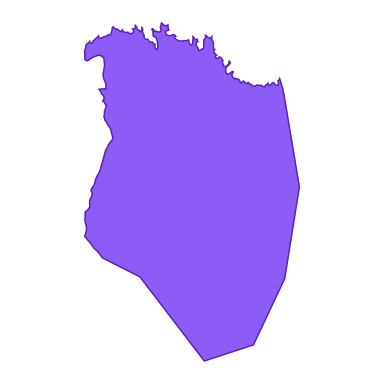 Aconibe, Wele-Nzás, Equatorial Guinea (Equal Earth projection)
{"feature_id": "11065452B89932418637458", "entity_name": "Aconibe", "entity_type": "district", "adm_level": 2, "iso_a3": "GNQ", "parent_name": "Equatorial Guinea", "parent_adm1": "Wele-Nzás", "projection": "equal_earth", "projection_center": [10.91, 1.339], "detail": "fine", "context": "isolated", "style": "filled", "palette": "violet", "viewbox_px": 384, "rotation_deg": 0, "n_neighbors": 0, "source": "geoboundaries", "source_scale": "gbopen_adm2", "svg_char_len": 5616}
<svg xmlns="http://www.w3.org/2000/svg" viewBox="0 0 384 384"><path d="M89.5,41.8L88.5,42.9L87.5,43.4L87.2,43.7L86.5,44.3L85.9,45.3L85.8,46.5L85.7,47.2L84.6,51.2L84.9,59.5L86.8,60.8L88.9,60.0L91.3,58.1L93.7,56.9L97.1,55.6L99.5,55.2L102.2,56.4L104.0,58.8L104.2,61.8L104.6,65.7L104.2,67.5L103.4,72.0L103.0,74.8L103.5,78.1L104.9,81.4L105.9,84.0L105.9,88.7L99.0,89.2L99.9,90.7L100.9,91.9L101.7,94.1L102.0,94.4L102.8,94.9L103.1,95.3L103.8,96.6L104.0,97.2L104.1,98.4L104.0,98.8L103.6,99.6L103.1,100.3L102.5,100.9L102.7,101.1L103.6,101.6L104.3,102.3L105.2,103.8L105.6,104.8L106.7,105.3L105.7,107.5L104.4,111.8L104.4,114.8L103.9,116.6L104.4,117.7L105.0,120.3L105.9,120.9L106.4,121.8L106.8,123.2L108.0,125.2L109.5,127.1L110.5,128.7L111.1,130.8L111.5,132.9L112.8,137.3L112.2,139.8L110.6,141.7L108.5,144.7L107.7,146.6L106.3,149.0L105.4,151.1L104.8,153.4L103.4,158.3L103.1,159.8L101.2,165.8L100.6,169.0L99.0,172.7L97.1,176.1L95.5,179.6L94.9,182.5L94.2,184.9L91.9,188.1L91.2,189.5L91.0,190.4L91.3,191.4L92.0,192.5L92.1,194.5L91.4,197.0L90.6,198.3L89.7,200.1L89.6,203.8L89.9,206.7L88.3,209.2L87.0,210.7L85.5,211.6L85.3,212.1L85.1,214.0L85.2,217.1L84.8,219.0L85.4,223.2L86.2,225.6L86.5,228.9L86.2,231.7L84.6,236.3L90.8,243.7L94.1,248.4L97.3,251.2L99.5,253.8L102.3,257.8L139.9,276.9L204.3,361.0L253.5,344.8L284.7,278.6L299.4,187.0L283.9,94.0L283.5,94.3L283.1,89.5L279.7,78.7L279.5,79.2L278.7,80.2L278.0,80.6L278.2,81.3L278.5,82.6L278.5,83.1L278.4,83.5L277.7,85.0L277.4,85.4L277.1,85.5L276.6,85.5L275.2,84.6L273.8,82.9L272.9,82.6L271.6,83.5L270.7,84.7L269.9,85.2L269.6,85.3L269.1,85.2L268.5,84.6L268.2,84.1L268.0,83.3L267.3,84.3L267.0,84.5L265.7,85.1L264.9,86.4L264.7,86.6L264.3,86.7L263.3,86.5L262.5,86.1L262.0,85.8L261.8,85.5L256.6,85.0L255.7,85.7L254.5,86.3L254.1,86.4L252.7,85.7L251.6,84.6L249.6,83.9L248.6,83.1L248.2,82.4L246.6,83.5L246.4,83.6L246.0,83.6L245.6,83.3L244.5,81.9L243.5,81.2L243.1,81.0L241.4,82.7L241.1,82.9L240.7,82.9L240.2,82.4L239.8,80.7L238.7,79.2L237.7,79.2L236.2,78.7L235.3,78.2L234.6,78.5L234.2,78.5L233.3,78.2L233.1,77.9L232.3,76.4L231.9,75.0L231.9,74.5L232.1,73.9L233.1,72.4L233.3,72.0L233.1,71.8L232.2,71.5L230.2,73.1L228.8,73.8L227.5,74.1L227.2,74.0L226.8,73.7L225.9,72.2L225.8,71.8L225.7,70.4L225.6,69.6L225.5,69.0L225.7,68.4L227.2,66.3L229.3,64.4L230.4,63.0L229.9,62.4L229.4,61.2L228.9,61.3L229.0,61.7L229.0,62.2L228.7,63.6L228.5,64.1L227.4,65.4L226.0,66.4L225.6,66.5L224.0,66.2L223.6,65.9L223.4,65.5L223.1,64.1L222.5,62.8L222.4,62.3L222.5,61.7L223.0,60.5L222.9,60.3L222.2,59.9L221.5,58.1L220.7,57.3L220.0,57.0L219.2,57.0L218.9,57.2L218.4,58.0L217.9,58.2L216.6,58.3L216.1,58.2L215.8,57.9L215.5,57.0L215.6,56.1L215.8,55.5L216.1,55.2L216.6,55.0L215.8,54.5L214.6,53.2L213.8,51.7L213.8,50.9L214.7,49.5L214.4,49.5L214.0,49.2L213.7,48.7L213.5,48.2L213.5,43.1L212.9,41.4L212.2,40.0L211.7,38.6L211.6,38.1L211.8,36.7L211.2,37.4L210.3,38.0L209.9,38.2L209.5,38.1L208.1,37.3L207.2,36.6L206.6,36.2L205.9,35.4L205.4,35.2L205.5,37.2L205.4,37.7L203.8,40.0L203.8,40.7L203.8,45.8L203.6,47.7L203.4,48.2L203.1,48.5L202.0,49.0L200.5,50.0L199.5,50.5L199.1,50.5L198.7,50.3L198.5,49.8L198.2,48.2L197.4,47.1L196.4,45.9L196.2,45.4L196.2,43.0L196.3,42.4L196.7,41.9L197.4,41.6L197.9,41.6L197.5,40.8L197.3,39.8L197.3,39.3L196.8,39.5L196.1,39.5L195.1,39.2L194.1,38.1L193.3,36.7L193.0,36.5L193.0,37.3L193.0,38.7L192.8,39.8L192.9,40.8L192.7,41.9L192.2,44.2L192.0,44.7L191.6,45.0L190.2,44.8L189.9,44.5L189.7,44.1L189.1,41.7L188.8,40.8L188.6,39.9L186.2,40.7L184.8,40.6L182.2,40.9L183.5,41.3L181.5,41.0L178.6,40.9L177.8,40.3L176.1,39.5L174.3,37.4L174.7,36.6L175.8,36.4L175.3,35.5L174.5,34.9L173.4,34.5L173.0,34.5L171.2,35.5L169.6,35.8L169.3,35.8L167.0,34.9L165.9,33.9L165.6,33.4L165.6,32.9L165.6,32.0L165.8,31.5L166.1,31.1L166.8,30.7L168.5,30.3L168.8,29.5L168.3,28.9L168.2,28.3L168.1,26.5L168.0,24.9L167.3,25.5L166.9,25.7L166.6,25.6L166.3,25.4L166.0,25.6L165.7,25.7L164.6,25.5L163.4,24.8L162.5,23.7L161.4,23.0L161.1,24.9L160.3,27.3L160.3,27.5L160.9,28.5L161.0,28.9L161.0,29.7L160.9,30.1L160.6,31.1L160.3,31.6L159.9,31.8L158.7,32.0L157.1,31.6L156.1,31.3L155.3,31.2L154.9,31.1L154.0,30.4L152.9,28.8L152.4,28.8L151.9,29.1L151.9,29.6L152.7,30.5L152.8,31.0L153.1,34.1L153.1,35.7L153.3,36.2L155.9,37.5L156.2,37.9L157.1,40.5L157.5,42.3L157.5,44.3L157.8,45.7L157.9,47.1L157.8,47.6L157.5,48.7L157.3,49.2L156.9,49.4L156.5,49.3L155.8,48.9L155.5,48.6L154.8,47.1L154.8,46.7L154.9,45.4L155.1,44.6L154.9,44.1L153.6,43.9L152.8,42.8L152.4,42.0L151.3,42.3L150.3,42.3L150.0,42.1L148.7,40.9L147.8,39.2L147.7,39.1L146.6,39.4L145.7,39.4L145.3,39.2L144.8,38.6L144.3,37.5L144.2,37.0L144.1,35.5L143.8,34.7L143.3,33.9L142.6,32.2L142.5,31.7L142.7,29.2L142.2,27.6L141.9,27.4L141.9,27.7L142.1,28.6L142.1,29.0L141.6,30.2L140.7,31.5L140.1,31.6L139.7,31.4L139.1,30.3L138.0,29.9L137.2,29.2L136.9,28.7L136.8,28.2L136.9,27.2L135.9,26.2L135.1,24.7L135.2,25.4L135.3,27.3L135.2,27.8L134.9,28.2L134.0,28.8L133.6,28.9L132.6,28.8L132.7,29.1L133.3,29.7L133.4,30.0L133.5,31.2L133.5,31.7L133.2,32.2L132.5,33.1L131.7,33.6L131.4,33.6L130.2,33.6L128.8,33.1L127.9,32.2L127.3,32.2L125.6,32.5L125.2,32.4L123.6,31.7L122.8,31.1L122.6,30.7L122.3,29.8L122.0,30.3L121.5,31.2L121.1,31.5L120.6,31.5L119.9,31.2L118.7,30.4L117.9,29.6L117.0,29.2L116.7,28.9L116.2,29.3L115.9,29.3L115.1,28.9L114.3,28.1L113.7,27.2L113.3,26.8L112.4,27.5L112.2,28.3L112.1,30.1L111.5,32.0L111.2,32.5L110.9,33.9L110.7,34.4L110.3,34.7L109.2,35.1L108.8,35.1L108.4,34.7L106.3,36.1L103.2,37.1L102.5,37.6L99.9,38.4L99.5,38.2L99.2,38.0L98.9,37.5L98.6,35.9L98.1,36.5L96.1,38.1L94.4,39.9L93.5,40.7L91.8,43.0L91.5,43.2L90.6,43.6L90.2,43.5L89.8,42.9L89.7,41.5L89.5,41.8Z" fill="#8b5cf6" stroke="#5b21b6" stroke-width="1.5"/></svg>